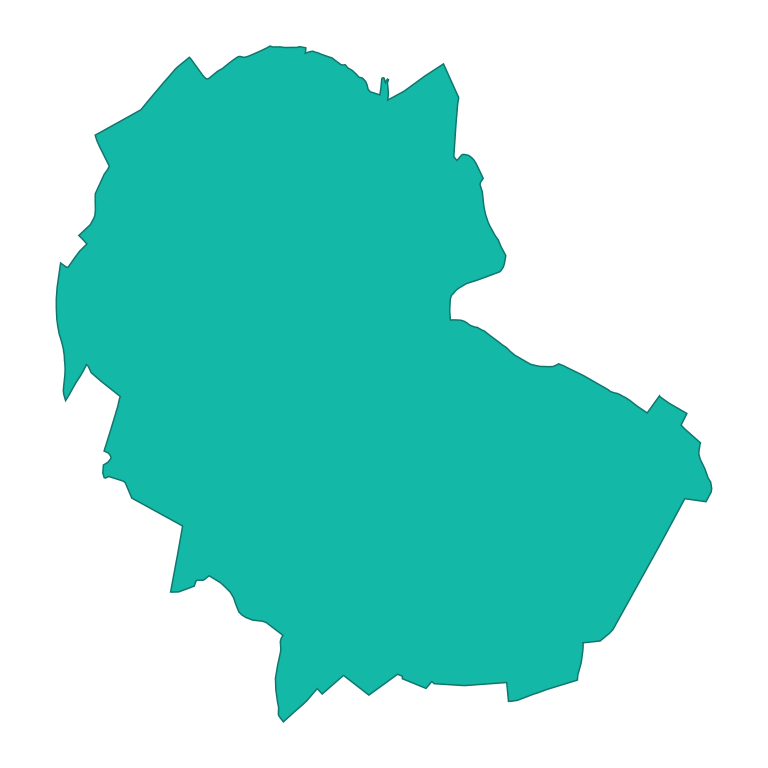 Cherechiu, Bihor, Romania (orthographic projection)
{"feature_id": "2599482B71781010068673", "entity_name": "Cherechiu", "entity_type": "district", "adm_level": 2, "iso_a3": "ROU", "parent_name": "Romania", "parent_adm1": "Bihor", "projection": "orthographic", "projection_center": [22.122, 47.408], "detail": "fine", "context": "isolated", "style": "filled", "palette": "teal", "viewbox_px": 768, "rotation_deg": 0, "n_neighbors": 0, "source": "geoboundaries", "source_scale": "gbopen_adm2", "svg_char_len": 4928}
<svg xmlns="http://www.w3.org/2000/svg" viewBox="0 0 768 768"><path d="M613.0,629.5L659.3,546.0L684.8,498.7L706.0,501.7L711.1,492.2L711.7,488.6L710.7,482.2L708.2,478.2L704.8,468.6L700.2,459.2L698.8,453.9L699.0,450.8L699.7,446.4L700.0,444.3L700.5,442.9L687.3,431.2L684.5,428.7L681.1,425.1L686.9,413.5L669.2,403.3L661.7,398.0L659.8,396.5L659.5,395.8L647.2,412.9L637.5,406.4L630.1,400.6L625.7,397.7L622.9,396.3L621.3,395.4L619.3,394.3L617.1,393.4L614.5,392.9L613.1,392.4L611.4,391.9L609.8,391.1L608.5,389.9L599.4,384.7L583.7,375.7L566.9,367.5L563.4,365.7L558.5,363.8L557.9,364.4L555.9,365.3L553.1,366.5L549.0,366.7L543.4,366.5L540.1,366.4L536.3,365.7L530.5,364.2L527.6,362.6L514.7,355.1L510.2,351.4L507.5,348.6L505.7,347.1L502.1,344.7L499.5,342.6L495.5,339.6L490.5,335.9L484.0,330.8L482.0,330.1L477.1,327.3L475.2,327.2L471.9,326.0L469.6,325.0L467.5,323.3L464.5,321.4L461.2,320.3L459.3,320.1L454.9,319.9L450.4,320.0L450.0,315.0L449.7,310.2L450.3,299.3L451.4,295.4L453.3,293.5L455.7,290.7L458.1,288.6L466.4,283.6L478.2,279.8L494.1,273.9L499.1,272.1L500.8,270.9L503.3,267.1L504.4,263.6L505.8,255.8L505.1,254.3L500.7,246.0L498.4,240.1L495.2,235.7L490.0,226.3L488.0,221.9L485.5,214.2L484.0,207.0L483.6,204.0L482.3,191.8L480.0,184.6L480.4,182.5L483.2,178.4L481.0,173.7L477.9,167.2L475.8,163.0L473.6,159.6L471.4,157.4L468.8,155.5L465.6,154.6L463.0,154.4L461.4,155.2L459.7,157.3L456.9,160.5L453.8,156.7L455.9,125.1L456.5,117.6L456.6,116.4L456.8,114.8L457.4,107.0L457.6,104.5L458.7,97.6L454.4,88.1L443.5,63.9L424.6,76.2L410.4,86.6L403.9,91.3L400.4,93.2L387.6,100.1L388.0,97.5L388.4,94.8L388.2,90.6L387.6,84.2L387.4,82.9L388.0,81.3L388.5,79.7L387.4,79.1L385.4,82.6L384.1,78.2L383.2,77.8L382.3,78.0L381.8,78.6L380.9,88.3L380.3,91.7L379.9,94.9L379.2,94.6L377.7,94.2L374.7,93.2L370.5,91.9L368.2,89.5L367.9,88.3L367.2,85.6L367.0,84.7L365.6,81.4L363.2,78.8L362.3,78.0L359.2,77.3L357.8,76.0L356.9,74.8L352.5,70.6L347.7,67.8L345.9,65.5L345.1,64.7L343.3,65.0L341.2,64.8L335.2,60.4L332.2,58.0L325.6,55.8L320.8,54.1L318.1,52.9L315.0,52.1L312.9,51.2L310.2,51.6L305.2,53.2L305.7,50.5L305.8,47.8L299.6,46.7L296.8,47.4L284.6,47.5L280.2,46.9L273.1,47.0L270.0,46.1L266.4,48.1L260.6,50.9L257.0,52.5L249.9,55.6L246.6,56.8L244.1,57.4L241.7,56.8L239.9,56.4L239.0,56.6L238.2,56.7L237.4,57.2L235.5,58.4L232.4,60.6L229.1,63.1L228.4,63.7L222.3,68.6L217.8,71.1L214.1,74.1L209.1,78.2L208.0,78.8L207.1,79.0L206.1,78.6L204.9,77.7L202.6,75.1L190.7,58.7L189.4,57.3L187.8,58.6L179.1,65.7L178.3,66.3L175.2,69.2L169.6,75.8L164.0,82.1L148.8,100.1L141.8,108.7L140.9,109.8L138.8,110.9L127.6,117.2L113.3,125.1L108.5,127.8L99.3,132.9L95.2,135.1L95.3,135.5L95.4,136.0L97.2,141.4L100.2,148.0L100.8,149.1L109.3,166.1L107.6,169.6L104.3,174.1L95.3,193.7L95.2,199.8L95.4,210.1L95.0,213.9L94.8,215.8L93.6,218.7L91.2,223.0L90.4,224.6L86.2,228.5L81.8,232.7L78.8,235.5L83.0,239.6L86.9,244.0L79.7,251.1L74.6,257.9L68.2,267.1L66.5,267.3L60.6,263.0L58.7,276.4L58.1,280.5L57.1,287.6L56.3,299.0L56.3,307.9L56.8,319.0L57.3,322.7L57.8,326.5L59.3,334.4L60.3,337.3L61.5,341.5L62.6,345.7L63.3,348.7L64.3,355.8L64.5,360.3L64.9,364.0L65.0,366.6L65.1,369.2L64.9,374.9L64.2,381.4L63.3,390.3L63.7,394.1L65.1,399.0L65.6,400.6L69.1,394.9L72.6,388.6L76.2,382.3L80.2,376.2L83.3,370.9L86.4,364.7L88.4,366.4L89.7,369.5L91.2,372.7L100.5,380.8L120.4,396.6L120.0,397.2L119.8,397.7L119.0,400.7L118.7,401.8L118.7,402.2L118.2,404.3L117.8,406.3L116.6,410.2L116.2,411.4L115.1,415.4L113.7,419.8L113.6,420.3L111.6,426.8L111.1,428.6L108.9,435.6L106.3,444.0L104.8,448.6L104.1,451.1L106.7,452.2L108.1,452.9L108.9,453.7L109.7,454.7L110.5,456.1L110.9,457.2L110.9,458.5L108.0,462.2L103.4,465.0L102.8,473.0L104.1,477.5L105.3,478.1L107.7,476.9L109.1,476.6L120.7,480.3L123.2,481.1L125.2,482.6L131.8,498.1L182.6,526.0L180.4,538.6L177.3,556.1L176.6,559.7L170.6,592.0L172.5,592.1L178.7,591.9L194.3,586.1L195.5,582.3L196.3,580.7L197.2,580.2L198.4,580.2L201.1,580.2L202.8,580.3L204.7,579.4L208.0,576.6L209.1,575.8L220.6,582.8L225.7,587.5L230.3,592.2L233.6,597.8L235.8,604.3L238.9,612.0L241.7,614.8L245.5,617.3L249.3,618.8L252.6,620.1L262.4,621.2L264.4,621.9L266.3,622.6L282.9,635.3L281.2,638.3L280.3,641.7L280.8,648.6L280.6,651.6L277.4,666.4L276.8,670.3L275.4,678.5L275.6,682.0L275.8,689.5L277.6,702.5L278.5,706.6L278.6,708.2L278.4,713.9L278.5,714.9L278.7,715.6L280.3,717.9L282.6,720.9L283.4,721.9L287.5,718.1L294.0,712.2L300.3,706.7L303.3,704.1L306.9,700.7L317.2,688.6L322.2,694.0L343.5,675.4L368.9,695.1L388.6,680.8L390.1,679.7L397.5,674.3L402.5,676.3L402.3,678.7L412.6,682.9L420.4,686.1L426.0,688.4L431.8,681.5L434.2,683.7L464.5,685.6L506.7,682.5L508.5,701.4L511.5,701.2L517.2,700.4L520.6,699.1L533.7,694.1L537.0,693.1L547.1,689.4L577.4,680.1L577.8,675.0L581.0,663.5L581.7,659.2L582.2,655.4L582.7,651.6L582.9,649.8L583.0,648.0L583.1,646.9L583.1,645.8L583.1,644.8L583.1,644.3L583.1,643.0L583.0,642.8L594.6,641.6L597.8,641.2L600.1,641.0L605.9,636.2L609.1,633.6L613.0,629.5Z" fill="#14b8a6" stroke="#0f766e" stroke-width="1.5"/></svg>